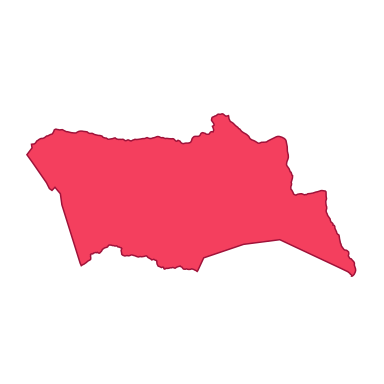 the district of Curaçá, Bahia, Brazil, rotated 92°
{"feature_id": "56859067B18478691888901", "entity_name": "Curaçá", "entity_type": "district", "adm_level": 2, "iso_a3": "BRA", "parent_name": "Brazil", "parent_adm1": "Bahia", "projection": "orthographic", "projection_center": [-39.681, -9.188], "detail": "fine", "context": "isolated", "style": "filled", "palette": "rose", "viewbox_px": 384, "rotation_deg": 92, "n_neighbors": 0, "source": "geoboundaries", "source_scale": "gbopen_adm2", "svg_char_len": 6054}
<svg xmlns="http://www.w3.org/2000/svg" viewBox="0 0 384 384"><g transform="rotate(92 192 192)"><path d="M240.5,40.9L238.8,41.3L238.1,41.8L233.7,42.9L230.7,43.4L229.6,43.9L229.2,44.9L228.5,45.5L227.9,45.9L226.9,46.1L225.7,46.7L223.1,48.0L221.8,48.0L220.5,48.6L220.1,50.0L219.2,49.9L218.5,50.3L217.5,51.4L217.1,52.1L215.1,52.9L214.2,53.0L211.2,55.2L210.6,55.7L209.4,56.0L208.0,56.8L206.9,57.2L205.8,57.3L203.8,56.8L202.1,56.9L201.0,57.4L198.7,57.8L196.5,58.0L194.1,57.3L191.5,57.8L188.0,58.0L187.1,58.1L186.4,58.8L186.0,62.1L186.1,63.1L187.3,66.4L187.8,68.4L188.8,71.0L189.4,73.8L189.6,75.5L189.8,76.4L190.6,77.4L190.6,78.4L190.9,79.6L189.9,82.3L190.0,83.5L190.2,84.8L190.6,86.5L191.4,87.8L191.4,88.6L190.8,89.9L190.3,90.5L189.4,90.8L188.6,91.2L186.7,92.3L185.8,93.2L184.2,93.4L183.1,93.4L181.8,92.9L180.9,92.8L180.1,92.8L178.9,93.2L176.7,92.6L174.6,92.1L172.2,92.0L171.7,92.6L168.8,93.7L168.4,94.5L165.4,95.8L162.1,98.3L161.1,98.5L159.7,98.4L158.4,98.2L155.5,97.2L153.9,96.9L151.6,97.1L148.0,98.1L143.5,98.4L137.5,99.8L136.6,100.3L136.0,100.8L135.2,101.8L134.1,104.1L133.5,106.4L133.4,107.1L133.5,108.4L133.9,109.7L138.2,117.7L139.4,119.3L139.7,121.3L139.9,124.3L140.9,126.5L140.9,127.5L140.6,128.1L139.2,130.5L138.5,132.0L137.7,134.3L136.7,135.8L136.0,136.3L134.4,137.2L132.5,139.5L130.8,142.8L129.6,144.6L127.4,146.5L127.0,147.5L125.8,148.5L124.2,150.8L121.9,153.2L121.1,154.4L120.3,155.9L119.7,156.5L117.2,157.7L115.5,157.9L114.4,158.2L114.9,159.8L114.9,161.1L114.4,161.8L113.7,162.7L113.1,163.4L112.8,164.4L113.0,165.3L113.4,166.3L113.3,168.5L113.6,169.2L114.2,169.8L114.9,170.6L115.3,171.9L115.8,172.6L116.2,173.5L116.6,174.3L117.5,174.8L118.7,174.9L119.4,175.1L120.2,174.7L121.1,174.0L121.8,173.4L122.7,172.8L123.6,172.4L124.3,172.2L125.0,172.9L125.6,173.9L127.0,173.2L128.1,172.8L129.1,172.5L130.0,172.6L131.2,173.1L131.0,174.2L131.2,175.1L131.7,175.8L132.4,176.2L133.1,176.7L133.7,177.3L133.8,179.2L133.6,179.9L132.8,181.1L132.7,182.0L132.3,183.3L132.6,184.3L133.2,185.1L135.3,186.1L135.9,187.0L136.2,187.8L136.2,189.5L136.3,190.9L136.5,191.8L137.1,192.5L138.1,193.4L139.1,193.9L140.6,194.2L142.0,194.9L142.5,195.4L142.9,196.1L143.3,197.8L143.3,199.4L143.4,200.3L144.0,202.5L143.8,203.3L143.5,204.2L142.6,205.1L141.6,205.8L141.2,206.8L140.8,207.8L141.3,208.4L141.8,209.0L141.5,210.1L140.9,210.8L140.3,211.3L139.5,212.3L139.4,213.6L139.6,214.6L139.5,215.6L139.5,216.8L139.3,218.4L139.3,219.5L139.5,220.6L139.1,221.8L138.6,223.0L138.9,223.9L138.7,224.9L138.5,225.6L138.0,226.6L137.8,227.4L137.8,228.5L138.1,229.5L138.6,230.5L139.1,231.9L139.3,233.0L139.8,234.1L140.0,235.3L140.0,236.3L139.7,237.4L139.2,238.8L139.5,239.7L140.0,240.5L140.3,241.7L140.3,242.9L140.9,245.5L141.2,247.1L141.4,248.5L141.5,249.9L141.3,250.8L141.8,251.7L142.1,252.8L143.0,254.3L143.0,255.5L142.6,256.4L142.2,257.1L142.2,258.1L142.7,259.0L143.0,259.7L143.0,260.7L142.0,262.1L141.7,262.9L141.9,264.2L141.9,266.3L142.0,267.4L141.7,269.0L141.2,269.9L140.6,270.7L140.9,271.9L141.4,273.1L141.8,275.1L142.0,276.1L142.2,277.0L142.2,277.8L141.7,278.6L141.1,279.5L141.1,280.4L140.9,281.4L140.6,282.4L140.2,283.1L139.4,283.7L139.0,284.8L138.8,285.6L138.7,286.7L138.7,287.7L138.5,288.7L138.1,290.7L137.8,291.8L137.3,292.7L136.9,293.7L136.9,294.5L137.0,295.5L137.0,296.5L136.7,297.3L136.4,297.9L135.6,298.8L135.4,300.1L135.2,302.6L135.0,303.7L135.0,305.5L135.2,306.5L135.4,307.3L136.3,309.0L136.9,309.7L137.1,310.7L137.1,312.1L137.0,313.4L136.9,314.7L136.6,316.2L136.1,318.5L136.1,319.7L135.6,320.8L135.1,322.0L134.6,322.9L134.2,323.9L134.4,325.2L134.6,326.6L134.3,327.9L134.2,329.2L133.9,330.1L134.2,331.0L134.9,331.9L135.8,332.1L136.6,332.4L137.8,333.0L138.9,333.8L139.3,334.6L139.4,335.3L139.9,336.2L140.5,337.3L141.0,338.2L141.1,339.2L141.9,340.2L142.6,341.0L143.4,342.3L143.7,343.3L143.7,344.1L143.9,345.1L144.5,346.2L145.2,347.2L145.9,348.0L146.5,349.0L148.2,349.9L149.0,350.7L149.6,351.7L149.6,352.5L149.9,354.1L152.1,353.7L153.5,353.4L160.5,358.3L168.0,352.5L187.9,337.7L193.6,334.6L195.3,332.0L192.1,329.1L198.3,323.5L209.3,321.6L267.0,301.3L269.5,300.1L268.9,299.3L268.4,298.6L268.1,297.8L267.5,296.9L266.9,296.2L266.3,295.3L264.9,293.9L264.2,292.9L263.6,291.7L262.7,290.9L261.9,290.9L261.0,290.9L260.1,291.2L259.3,291.0L258.3,291.3L257.4,290.6L257.3,289.0L256.6,288.4L256.1,287.1L255.8,286.1L256.0,285.1L255.6,284.5L256.0,283.8L256.3,283.1L256.3,282.2L254.3,280.4L253.4,279.9L252.5,279.6L251.8,278.5L250.9,277.5L250.7,276.7L250.4,275.8L250.1,274.9L249.5,274.2L248.6,273.8L247.9,273.0L247.9,270.9L248.3,269.8L248.3,268.3L248.6,267.6L248.7,266.9L248.4,265.7L248.9,264.7L249.5,264.1L249.5,263.3L249.7,262.3L250.2,261.6L250.3,260.6L250.9,260.2L252.9,260.8L254.2,260.5L255.4,260.2L256.6,260.1L257.2,259.5L257.7,258.8L258.3,256.8L257.9,255.5L257.8,254.5L258.0,253.4L257.8,252.2L257.0,250.5L257.0,249.7L257.5,247.9L257.7,246.8L258.4,245.0L258.7,244.0L258.8,243.1L258.5,242.3L258.3,241.6L258.5,240.4L258.4,239.4L258.2,238.5L258.1,237.8L257.9,237.1L257.6,236.4L257.4,235.4L257.9,234.6L258.9,233.8L259.3,233.0L259.8,232.2L260.3,231.0L261.3,229.9L260.6,227.8L261.1,227.0L261.6,226.0L261.6,225.3L262.2,224.8L264.2,224.6L265.4,224.3L267.3,223.2L267.6,222.1L268.1,220.8L268.6,220.0L268.1,218.9L268.3,217.8L269.1,217.6L269.8,217.2L270.0,216.5L269.2,215.3L269.2,214.0L269.1,212.9L268.8,211.9L268.5,211.0L268.5,209.9L268.1,208.8L268.2,207.8L268.6,207.0L268.7,206.1L268.0,205.2L267.5,204.3L267.1,203.4L266.8,202.2L266.4,201.2L267.0,200.6L267.5,199.4L269.0,198.2L269.4,197.5L269.4,195.8L269.0,194.9L269.4,193.6L269.5,192.4L269.4,191.3L269.2,190.3L268.8,189.7L269.0,188.8L269.5,187.2L270.0,186.3L270.4,185.2L271.2,184.1L270.4,183.5L257.4,178.0L242.5,138.6L236.6,102.6L262.5,42.0L266.3,33.3L266.8,32.8L267.2,32.1L267.8,31.4L268.5,30.9L269.3,29.9L269.8,29.3L270.5,29.5L270.4,28.8L269.5,27.8L268.5,27.0L266.2,26.0L264.6,25.7L263.0,25.9L259.5,27.2L257.4,27.2L255.9,28.0L254.9,29.1L253.3,30.5L253.0,31.7L252.6,32.2L251.5,32.8L250.7,33.4L249.7,33.5L248.4,33.1L246.5,33.4L245.2,34.9L244.8,35.7L244.6,37.4L244.2,38.1L241.8,40.0L240.5,40.9Z" fill="#f43f5e" stroke="#9f1239" stroke-width="1.5"/></g></svg>